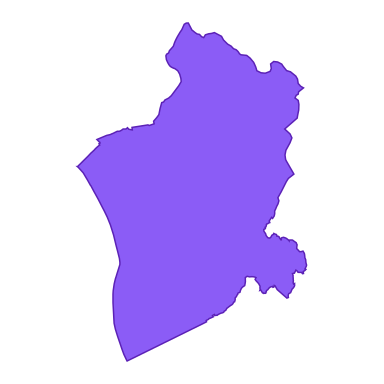 the district of Moldova Noua, Caras-Severin, Romania
{"feature_id": "2599482B11325322412339", "entity_name": "Moldova Noua", "entity_type": "district", "adm_level": 2, "iso_a3": "ROU", "parent_name": "Romania", "parent_adm1": "Caras-Severin", "projection": "albers", "projection_center": [21.687, 44.747], "detail": "fine", "context": "isolated", "style": "filled", "palette": "violet", "viewbox_px": 384, "rotation_deg": 0, "n_neighbors": 0, "source": "geoboundaries", "source_scale": "gbopen_adm2", "svg_char_len": 5159}
<svg xmlns="http://www.w3.org/2000/svg" viewBox="0 0 384 384"><path d="M294.6,285.6L294.6,283.5L293.6,284.0L293.2,283.0L293.2,281.7L293.4,280.7L293.2,279.5L293.2,278.2L293.1,277.0L293.0,275.8L293.1,275.5L292.5,273.6L292.9,273.6L293.3,273.3L293.8,273.2L294.4,273.2L295.9,270.1L296.8,270.8L297.1,271.0L297.7,271.8L298.0,272.3L299.1,272.4L299.7,272.4L301.1,272.4L301.6,272.5L302.5,273.7L303.5,273.5L303.2,271.6L304.9,270.5L305.9,269.4L305.0,268.9L306.0,266.8L306.3,266.2L306.5,265.4L306.6,265.1L306.2,263.8L305.9,262.4L305.8,261.1L305.7,259.7L304.8,257.5L304.8,256.5L304.7,255.6L304.6,254.7L304.4,253.7L304.3,253.3L303.0,251.1L300.9,251.7L299.5,251.6L298.5,250.4L296.7,248.6L296.8,246.8L297.1,244.8L296.5,243.6L296.2,242.7L294.3,241.4L293.3,240.7L292.6,240.1L291.5,240.0L290.6,240.0L289.1,240.1L289.1,240.6L289.1,240.8L288.2,239.8L287.1,238.9L285.9,238.1L283.6,237.3L283.1,237.4L281.8,237.7L281.1,238.3L281.2,239.0L281.4,240.4L280.8,239.6L279.7,238.2L279.3,237.4L279.0,236.7L278.0,236.2L277.7,236.2L277.0,236.2L277.0,235.8L276.8,235.4L276.4,234.5L276.2,234.4L274.8,234.0L273.8,233.4L273.3,234.4L271.8,235.3L271.0,237.0L270.0,237.8L269.9,238.0L269.3,238.1L267.8,237.7L266.7,236.3L266.1,235.5L265.7,233.9L264.8,232.5L264.0,231.4L263.8,230.3L263.8,229.4L264.9,229.0L265.4,228.4L265.1,227.3L265.9,226.9L266.3,225.7L266.4,224.4L266.7,224.0L267.6,223.8L268.7,223.0L269.8,222.6L269.2,221.0L271.6,217.4L272.6,218.4L274.2,216.0L274.7,213.8L274.7,210.9L275.6,209.1L276.7,206.4L278.0,203.9L278.9,200.8L277.9,197.7L281.2,191.8L286.3,181.7L288.4,178.4L293.9,174.1L286.4,161.1L285.6,159.5L285.0,155.0L285.9,150.3L290.0,142.8L291.9,137.9L290.1,134.0L284.7,129.0L297.2,118.1L297.5,116.1L297.9,114.0L298.3,112.0L298.7,110.1L298.9,104.4L298.2,100.4L295.0,98.0L296.2,95.3L298.2,94.2L298.6,91.8L301.5,89.5L303.5,87.9L300.6,86.2L298.2,83.5L297.5,79.1L295.8,76.1L290.5,71.8L286.6,70.6L285.3,69.0L284.0,67.4L282.8,65.8L281.7,64.1L277.7,62.0L273.7,61.5L270.6,64.0L271.3,68.6L270.1,71.4L265.3,73.2L261.0,72.8L256.8,70.7L256.3,68.8L255.7,66.9L254.9,65.1L254.1,63.3L253.6,62.3L250.1,58.1L246.7,55.4L241.0,54.8L239.4,53.7L238.8,52.6L238.0,51.5L237.1,50.6L236.1,49.7L233.5,48.7L231.1,46.1L227.6,44.1L223.5,40.0L221.5,36.3L214.4,32.6L213.0,33.0L211.6,33.4L210.1,33.6L208.6,33.8L205.4,34.8L203.7,37.6L201.6,36.7L199.5,34.4L197.2,34.0L195.8,33.1L194.5,32.1L193.2,31.0L191.9,30.0L188.3,23.0L186.2,23.1L184.2,24.3L181.8,29.7L180.2,32.0L178.7,34.5L177.3,36.9L176.0,39.4L175.2,41.1L174.5,42.8L173.9,44.6L173.3,46.3L169.4,50.7L168.6,53.0L166.6,54.2L165.9,55.8L166.4,59.6L167.1,61.2L167.9,62.9L168.8,64.5L169.9,66.0L171.0,66.9L172.3,67.6L173.6,68.2L175.0,68.7L177.8,70.8L179.7,74.2L180.9,78.5L181.2,81.6L178.8,85.7L171.3,95.7L168.6,98.1L164.9,100.0L163.6,102.0L161.7,102.6L160.9,105.6L160.1,108.5L159.5,111.5L158.9,114.6L157.7,116.3L156.4,118.0L155.0,119.6L153.6,121.2L154.1,123.8L149.2,125.5L148.0,124.9L132.0,127.4L132.3,129.9L131.4,129.8L130.5,129.6L129.6,129.4L128.7,129.2L127.5,127.7L126.7,128.4L125.9,129.0L123.1,129.0L122.4,129.6L121.6,130.1L120.9,130.6L120.0,131.0L119.2,131.3L117.2,131.3L113.0,133.4L112.8,133.5L112.1,133.7L110.9,134.3L110.1,134.6L109.8,134.7L106.7,135.4L98.3,138.9L96.9,139.5L99.6,142.3L99.8,142.3L100.1,143.0L99.0,143.7L99.7,145.1L99.0,145.5L97.1,147.1L95.3,148.8L94.2,150.1L90.9,153.1L88.0,156.2L77.5,166.6L77.4,166.6L78.3,167.4L83.2,172.8L87.6,180.2L90.5,185.4L90.8,185.6L93.9,191.4L98.0,198.8L101.8,206.2L104.2,210.8L107.3,217.2L110.4,224.9L113.6,235.1L116.1,245.5L117.6,251.2L119.4,258.4L119.9,262.2L119.9,264.5L116.7,274.7L116.3,276.1L115.4,278.8L114.2,283.9L113.2,290.8L113.0,294.2L113.0,302.6L114.1,323.3L115.4,329.2L117.7,336.6L120.1,343.6L121.8,348.7L123.9,354.4L126.5,359.9L127.1,361.0L205.6,322.3L206.5,321.8L206.2,320.5L208.5,319.3L208.7,319.1L209.0,318.6L210.5,318.1L212.2,317.3L213.3,316.8L212.5,315.5L214.3,314.5L214.8,315.6L215.9,315.3L216.6,315.3L217.2,315.3L217.9,314.7L218.6,314.3L219.8,313.7L220.9,313.2L222.6,312.8L223.4,312.4L223.8,312.1L224.3,311.1L225.0,310.8L225.8,310.3L226.1,309.6L226.7,308.6L226.8,308.3L227.5,307.9L228.3,307.2L229.1,306.6L230.0,306.0L230.3,305.6L230.7,305.4L231.5,305.0L232.3,304.4L232.9,303.7L233.8,302.0L234.6,301.8L234.8,301.1L235.2,299.7L235.1,298.8L235.3,297.6L236.2,296.9L236.5,296.4L237.0,295.1L237.7,294.5L237.7,294.4L237.8,293.6L238.1,293.0L239.8,292.4L240.1,292.0L240.2,291.2L240.7,289.8L241.4,288.4L242.2,287.4L242.8,286.9L244.7,285.6L245.1,283.6L245.4,281.7L245.3,277.6L247.1,276.3L249.7,276.9L251.0,276.7L252.3,276.7L253.6,276.8L254.9,277.1L256.0,277.6L255.4,278.8L255.1,279.5L256.4,281.2L257.5,282.3L258.7,283.7L259.7,285.6L259.9,285.9L260.1,287.0L259.9,287.7L260.0,288.5L260.2,289.2L259.9,290.2L260.6,289.8L261.6,291.5L262.4,292.7L263.3,293.3L263.5,293.0L264.4,293.3L265.4,293.3L265.8,293.1L266.0,291.9L266.3,291.8L266.2,291.3L266.5,290.8L266.9,290.3L267.7,289.8L269.4,287.7L270.7,286.9L272.5,286.4L272.9,287.3L273.8,287.1L274.2,285.4L275.1,285.9L277.2,289.6L286.9,298.1L288.4,297.5L288.3,297.0L288.2,296.5L288.2,296.0L288.2,295.5L288.3,295.0L288.4,294.5L288.6,294.0L288.8,293.6L290.6,292.7L292.1,289.1L292.9,288.4L293.6,287.5L294.2,286.6L294.6,285.6Z" fill="#8b5cf6" stroke="#5b21b6" stroke-width="1.5"/></svg>